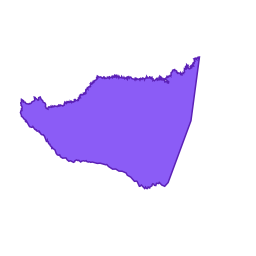 outline of Pastaza, Pastaza, Ecuador, rotated 337°
{"feature_id": "8360857B89599541187452", "entity_name": "Pastaza", "entity_type": "district", "adm_level": 2, "iso_a3": "ECU", "parent_name": "Ecuador", "parent_adm1": "Pastaza", "projection": "equal_earth", "projection_center": [-77.325, -1.952], "detail": "fine", "context": "isolated", "style": "filled", "palette": "violet", "viewbox_px": 256, "rotation_deg": 337, "n_neighbors": 0, "source": "geoboundaries", "source_scale": "gbopen_adm2", "svg_char_len": 5564}
<svg xmlns="http://www.w3.org/2000/svg" viewBox="0 0 256 256"><g transform="rotate(337 128 128)"><path d="M53.8,63.0L53.2,65.6L52.5,66.3L49.8,66.4L48.3,67.4L47.0,67.4L46.7,66.9L45.9,67.2L43.7,65.7L43.3,63.9L41.8,63.3L42.5,62.2L41.1,60.0L40.7,60.7L41.1,61.0L40.9,61.7L39.2,62.8L38.9,63.5L39.1,64.4L38.4,65.2L38.7,65.7L38.7,67.4L38.1,68.5L37.5,68.6L37.4,70.2L37.1,70.5L36.5,70.0L35.0,71.8L34.9,74.4L34.5,75.6L35.4,77.1L35.7,78.9L36.5,79.9L36.5,81.0L36.2,81.6L36.5,82.4L37.2,81.8L37.9,88.3L39.7,89.8L40.7,89.9L41.0,89.6L41.7,92.9L42.2,93.1L42.4,93.9L42.9,94.0L42.8,94.9L43.3,95.5L44.8,95.9L45.1,96.7L44.6,97.2L45.2,98.0L45.5,99.6L46.3,100.8L47.3,101.0L47.9,103.0L47.7,108.5L48.0,108.7L48.9,107.8L48.6,109.2L49.2,109.6L48.9,111.0L49.2,112.1L49.8,112.5L49.5,113.8L50.6,116.2L50.0,116.4L49.9,117.2L50.9,117.4L52.2,119.7L52.0,123.5L52.5,125.2L53.6,126.0L54.6,126.1L54.6,128.1L56.0,130.2L59.2,131.3L59.6,133.5L60.6,135.5L62.3,135.7L64.4,138.3L65.7,138.2L66.3,137.4L68.2,137.3L69.2,138.5L70.1,138.5L71.2,140.8L72.5,140.4L74.4,140.8L75.4,141.7L76.7,141.7L77.0,142.8L78.1,143.8L79.3,144.0L80.2,145.0L81.9,145.4L85.9,148.6L88.6,149.5L93.2,153.2L94.2,153.3L95.0,155.8L97.8,159.9L100.7,161.0L102.8,164.1L105.8,165.6L108.7,168.7L108.9,171.2L111.3,174.2L113.1,179.6L115.0,180.2L115.5,180.8L115.7,186.1L116.3,186.3L118.0,185.7L119.7,190.2L121.1,189.2L121.3,190.6L121.9,191.3L122.8,191.0L123.5,190.2L124.5,191.6L124.9,191.0L127.6,190.5L128.1,189.5L129.1,189.0L129.7,189.7L129.9,191.1L131.1,191.8L132.6,190.0L134.5,191.1L135.5,190.3L136.8,193.7L139.0,196.0L143.6,193.9L188.8,145.9L221.5,90.6L220.5,90.3L220.5,91.5L220.0,91.6L219.8,90.4L218.9,90.7L218.0,90.3L217.9,91.5L217.0,90.0L215.6,90.1L216.0,91.2L215.5,91.6L215.7,92.7L214.0,93.4L214.2,94.1L213.8,94.4L213.2,93.8L212.4,94.7L212.5,95.9L211.6,95.0L211.1,95.1L211.9,96.4L210.9,96.1L210.2,97.4L209.8,97.3L209.9,96.1L209.6,95.6L209.0,96.0L209.6,96.8L209.3,97.5L208.0,97.7L206.7,96.7L206.4,95.4L207.2,95.4L206.7,94.6L206.7,93.8L207.5,94.2L207.8,93.9L207.2,93.7L206.8,92.7L206.1,94.6L205.7,94.5L205.9,93.2L205.4,94.1L204.9,94.0L204.6,94.6L205.1,95.8L204.6,96.5L204.1,96.3L204.5,95.1L203.8,95.8L203.2,95.4L203.1,96.3L202.4,96.6L201.9,98.6L201.0,98.7L200.6,99.3L200.3,98.6L200.0,99.2L199.1,99.2L198.3,98.2L198.6,99.7L198.4,100.2L198.0,99.9L197.9,97.8L197.3,98.6L197.2,98.0L195.8,96.9L195.4,97.3L194.9,97.1L195.0,96.3L194.5,95.5L195.1,94.9L194.4,93.6L193.5,93.5L193.7,92.4L191.6,92.3L191.1,93.4L189.3,93.9L188.3,96.3L187.7,96.2L187.5,96.9L187.1,96.1L186.5,96.4L185.5,96.1L185.4,96.8L184.4,96.9L184.5,96.2L184.0,95.7L183.6,96.4L181.2,97.3L181.0,97.7L181.9,98.2L183.5,101.4L182.8,102.4L181.9,101.8L182.2,101.0L182.0,100.5L179.9,100.0L180.6,97.5L180.4,96.8L179.6,96.6L179.6,97.8L177.3,96.5L177.3,95.8L178.8,95.4L178.1,94.8L178.4,94.2L177.7,93.0L177.5,93.8L176.6,93.3L176.2,93.7L176.0,94.2L176.6,94.9L176.7,95.6L176.1,95.9L175.3,95.8L175.0,95.0L174.0,95.3L174.4,94.2L174.2,93.5L173.6,93.7L173.4,94.7L172.8,94.0L170.7,94.8L170.2,93.9L169.5,94.0L170.3,92.6L169.5,92.0L169.9,90.6L168.7,90.6L168.4,91.4L167.8,90.4L168.2,88.7L167.7,89.7L166.7,90.1L165.8,89.7L165.4,88.1L165.0,89.2L164.3,88.6L164.0,89.2L163.0,89.1L162.1,90.0L162.2,89.0L161.4,88.4L161.1,87.1L160.9,88.0L159.9,88.7L159.1,87.3L157.7,88.6L157.6,88.0L158.1,87.6L157.9,87.2L156.2,87.2L155.8,86.5L155.2,86.5L155.2,85.7L154.8,85.3L154.2,86.7L153.9,86.5L154.1,85.6L153.9,85.2L153.1,86.3L153.0,85.7L150.9,84.1L150.4,82.2L149.6,82.0L148.7,82.6L148.7,81.3L148.1,81.7L147.8,80.8L146.5,80.8L146.3,81.4L146.7,82.7L146.4,83.1L146.0,81.7L145.4,81.5L145.0,80.9L144.2,81.3L144.1,79.7L143.5,80.3L142.0,79.5L142.4,78.6L142.3,78.1L141.8,78.8L140.1,78.6L139.9,76.7L139.0,77.6L139.2,76.7L138.4,76.2L138.3,75.0L137.8,75.1L137.8,76.6L137.4,76.9L137.4,75.4L137.2,75.1L137.1,75.9L136.7,75.9L136.2,74.4L135.9,74.7L136.1,75.6L135.7,76.1L135.1,75.7L135.0,74.1L134.5,75.5L134.1,75.3L134.1,74.2L133.7,74.1L133.2,75.5L132.7,74.7L131.9,74.9L131.0,74.4L131.0,72.9L130.7,74.8L130.1,75.2L129.9,74.7L130.5,74.3L130.4,73.7L129.3,73.7L128.9,73.2L128.5,73.8L127.0,73.8L126.3,72.4L125.9,73.2L125.6,73.2L125.5,71.6L123.8,72.2L122.9,70.3L121.4,70.0L120.1,68.1L119.8,68.5L120.1,69.3L119.2,69.3L119.4,69.7L118.9,69.9L119.4,70.4L119.0,70.7L116.3,71.5L115.6,71.2L114.7,72.3L114.4,71.8L114.0,72.7L112.9,72.8L112.5,73.5L112.6,72.5L111.9,73.3L111.4,72.3L111.1,73.1L110.6,72.8L110.6,73.3L109.6,74.5L109.7,75.1L109.0,75.3L108.8,74.8L107.7,74.8L107.1,75.3L106.6,75.2L106.3,76.1L106.1,75.3L105.4,76.1L104.4,76.1L104.5,76.7L103.7,77.1L102.9,79.2L102.5,78.5L101.9,78.7L102.1,79.1L101.5,79.0L101.4,79.6L100.6,78.7L100.2,79.8L98.9,79.6L98.6,79.0L97.7,79.1L97.4,78.7L97.0,78.9L97.2,79.4L96.8,79.5L96.8,78.6L96.2,80.1L95.8,80.0L95.9,80.6L95.6,80.3L95.1,81.1L94.5,81.0L94.8,81.8L94.0,81.6L93.2,82.9L92.8,82.4L92.3,83.1L90.8,82.1L90.6,81.2L90.3,81.2L90.0,80.9L89.9,80.9L90.1,81.5L89.6,81.4L89.0,82.3L89.2,82.7L88.6,82.7L88.6,83.2L88.3,82.5L87.6,82.7L86.9,81.9L86.2,82.5L86.1,81.5L85.7,81.8L85.4,81.0L85.2,81.6L84.4,81.7L83.9,81.5L84.1,81.0L83.8,80.6L83.3,81.0L82.9,80.4L82.5,80.8L82.0,80.0L81.2,81.0L80.9,80.5L80.5,81.0L80.0,79.5L78.7,80.9L78.3,82.0L77.0,81.9L76.6,82.3L74.9,80.5L74.2,81.0L73.7,80.1L73.2,80.6L73.0,80.0L72.2,80.7L71.5,80.7L71.4,80.2L70.5,80.2L69.4,79.2L68.5,79.4L68.5,78.9L67.7,79.2L67.4,78.8L67.4,79.2L66.6,79.1L65.9,78.2L65.8,78.9L65.4,79.0L64.3,78.0L63.7,78.3L63.1,77.6L61.7,78.6L61.6,79.2L60.4,77.9L60.6,76.8L60.3,76.1L61.3,74.4L61.4,73.5L61.3,72.6L60.0,71.0L60.1,69.3L59.3,67.9L59.3,65.1L57.6,65.2L56.8,67.2L56.0,67.3L55.1,65.3L54.5,64.9L54.5,63.7L53.8,63.0Z" fill="#8b5cf6" stroke="#5b21b6" stroke-width="1.5"/></g></svg>